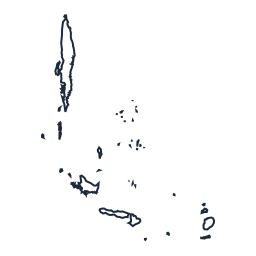 Kepulauan Selayar, Sulawesi Selatan, Indonesia (Natural Earth projection)
{"feature_id": "22746128B1615833901652", "entity_name": "Kepulauan Selayar", "entity_type": "district", "adm_level": 2, "iso_a3": "IDN", "parent_name": "Indonesia", "parent_adm1": "Sulawesi Selatan", "projection": "natural_earth1", "projection_center": [120.768, -6.627], "detail": "fine", "context": "isolated", "style": "outline", "palette": "slate", "viewbox_px": 256, "rotation_deg": 0, "n_neighbors": 0, "source": "geoboundaries", "source_scale": "gbopen_adm2", "svg_char_len": 5716}
<svg xmlns="http://www.w3.org/2000/svg" viewBox="0 0 256 256"><path d="M61.2,73.7L61.4,79.7L60.9,81.1L61.2,82.4L64.2,82.9L65.2,84.5L65.0,85.5L64.1,86.6L64.8,87.8L64.1,91.8L64.5,95.3L64.1,97.0L63.3,98.0L62.2,97.0L62.9,99.3L63.9,99.5L63.7,100.2L62.9,99.7L62.9,100.4L64.3,104.1L65.4,111.9L66.5,107.9L67.5,105.5L68.3,104.8L67.0,102.2L67.4,101.4L66.4,99.7L66.8,99.0L66.7,98.3L67.1,98.7L67.9,98.3L67.8,97.0L68.7,95.8L68.4,94.9L69.5,94.9L69.7,93.4L69.1,92.9L70.2,92.5L69.6,91.3L71.4,90.1L71.1,86.4L71.5,85.6L71.5,84.1L71.0,82.2L71.4,80.0L70.5,79.7L70.6,78.4L69.8,76.8L70.5,76.6L70.1,76.2L70.5,75.9L70.1,74.9L70.7,73.5L70.3,72.3L72.5,65.7L72.5,64.9L71.5,64.3L72.8,64.1L72.0,62.4L72.4,62.0L73.0,62.3L73.2,61.6L73.0,60.0L73.4,59.9L73.5,58.9L72.9,58.1L73.4,58.1L73.3,56.6L74.0,56.9L74.7,55.5L73.6,47.5L72.9,46.1L73.1,45.1L72.3,41.5L71.4,39.8L70.8,37.3L70.9,32.7L70.1,29.8L70.5,28.7L69.9,27.5L68.9,27.7L67.5,24.8L67.4,23.1L68.1,22.2L66.5,19.0L65.2,19.2L63.0,22.0L62.1,29.0L62.0,34.6L61.2,43.2L62.0,49.9L61.5,53.3L62.1,54.7L61.8,56.1L62.1,57.5L63.5,60.5L63.2,62.3L61.5,66.4L61.8,66.7L61.5,69.1L59.6,69.9L59.8,70.9L59.2,71.4L59.8,71.4L59.4,72.2L61.2,73.7ZM81.7,175.6L80.4,176.1L81.2,182.3L80.4,182.6L79.7,184.0L79.1,183.9L79.3,184.7L78.7,185.0L80.3,185.9L80.4,188.1L81.2,187.3L82.1,188.2L81.9,188.9L81.1,189.0L81.3,189.9L80.8,190.0L81.9,191.4L81.7,192.5L82.6,192.0L84.1,192.8L84.6,193.9L85.3,193.8L85.9,194.7L85.9,194.2L87.0,193.7L85.7,192.0L84.1,191.9L85.0,191.0L87.2,191.2L88.6,191.8L89.0,192.6L92.3,191.9L92.9,192.7L94.1,191.9L94.3,192.2L94.5,192.0L95.4,192.1L95.6,192.2L95.1,192.3L95.4,192.8L96.1,192.3L96.5,192.8L97.6,188.8L98.2,188.0L98.6,183.2L96.2,185.5L94.9,185.7L93.6,185.3L90.9,183.2L86.2,181.1L84.6,178.0L81.7,175.6ZM102.4,208.5L100.0,209.2L99.6,210.1L100.7,212.2L103.4,213.5L105.6,212.8L108.1,214.4L110.1,215.0L114.2,214.5L117.2,216.8L119.3,216.9L122.4,217.9L125.8,217.0L127.6,217.1L127.7,216.1L129.0,213.8L122.5,211.4L121.3,211.7L118.0,211.3L117.7,210.9L116.6,211.6L113.1,211.8L111.2,210.3L110.2,210.6L108.2,210.3L106.0,209.7L104.4,208.6L102.4,208.5ZM211.6,217.6L208.0,218.0L207.5,218.7L206.6,218.7L206.3,219.4L205.1,219.4L204.7,220.0L204.5,223.3L203.6,224.3L203.5,227.0L203.7,228.3L204.6,229.3L207.5,229.4L209.9,227.3L212.1,226.1L213.9,222.8L214.0,220.3L212.8,218.1L211.6,217.6ZM132.6,214.3L130.9,214.3L130.6,217.6L131.1,220.2L131.0,221.7L128.7,223.0L129.8,223.4L132.8,226.1L135.5,224.3L139.1,222.8L140.3,221.1L140.1,219.5L138.1,218.5L136.7,218.6L135.8,216.4L134.5,215.6L133.6,216.0L132.6,214.3ZM59.5,62.0L58.7,63.3L57.8,63.1L57.2,64.1L56.4,68.3L55.8,69.2L55.4,71.4L56.1,74.3L57.1,74.2L57.9,75.1L58.5,74.8L59.2,73.5L58.3,71.6L58.6,70.5L58.0,66.4L58.6,65.1L58.3,64.2L59.2,63.8L59.8,62.6L59.5,62.0ZM99.1,147.5L97.8,150.1L98.1,151.8L99.2,152.8L99.7,158.6L100.3,156.5L101.6,154.2L101.1,152.5L100.9,149.5L99.1,147.5ZM205.3,208.8L205.4,209.4L204.8,209.1L204.3,209.5L203.7,209.4L202.7,211.0L201.9,211.0L201.6,213.0L204.6,212.0L206.7,212.0L207.3,210.2L206.3,209.1L205.3,208.8ZM60.2,122.3L59.3,123.0L59.0,124.4L58.5,124.6L59.3,125.5L59.1,129.9L60.7,130.4L61.1,127.7L60.6,126.3L60.6,122.9L60.2,122.3ZM209.2,235.6L204.8,237.3L203.8,237.1L202.3,237.9L201.2,237.7L201.2,238.2L204.5,238.5L206.5,237.7L209.6,237.5L209.9,236.5L209.2,235.6ZM73.9,184.9L73.2,185.8L74.2,187.4L75.6,186.7L77.1,187.2L77.1,187.9L77.7,188.3L78.5,188.2L79.5,187.0L79.4,185.9L77.0,186.1L76.3,185.4L74.3,185.5L73.9,184.9ZM60.5,131.7L59.5,132.2L59.4,139.6L60.9,134.2L60.8,132.7L60.2,132.1L60.5,131.7ZM61.8,169.2L60.6,169.4L60.0,171.1L60.4,171.9L62.4,170.7L61.8,169.2ZM42.5,134.5L42.0,135.1L42.0,137.1L43.3,137.6L43.0,137.1L43.4,136.6L43.3,135.0L42.5,134.5ZM66.1,15.4L64.9,15.4L64.3,16.7L65.6,17.5L66.3,17.1L66.1,15.4ZM168.1,232.8L167.4,232.9L167.3,234.0L168.7,234.7L168.9,233.8L168.1,232.8ZM60.0,107.6L59.0,108.2L58.6,110.6L59.3,110.7L59.8,110.0L59.6,108.3L60.0,107.6ZM73.1,182.8L71.5,183.1L71.5,184.1L72.9,184.2L73.1,182.8ZM63.1,86.1L61.9,85.6L62.4,86.9L62.9,87.2L63.7,86.8L63.4,85.9L63.1,86.1ZM204.6,203.9L203.9,203.9L202.9,204.8L203.8,205.4L204.5,205.0L204.6,203.9ZM145.8,238.8L144.1,239.0L145.6,239.3L144.7,240.6L145.8,239.2L145.8,238.8ZM122.2,111.3L121.7,111.4L119.8,112.7L121.5,112.4L122.2,111.3ZM69.6,173.9L68.9,174.3L70.4,176.1L70.4,175.6L69.6,173.9ZM139.0,139.6L137.5,142.3L137.4,143.1L137.5,143.3L139.0,139.6ZM63.1,90.1L61.7,89.7L62.3,90.5L63.1,90.1ZM174.5,195.1L174.5,194.5L173.9,194.2L173.7,194.8L174.5,195.1ZM73.9,184.2L73.7,183.7L73.7,184.8L74.3,184.7L74.6,183.7L73.9,184.2ZM118.9,144.0L118.3,144.3L118.4,145.7L118.9,144.0ZM61.9,91.9L61.7,92.6L61.3,92.6L61.4,92.8L62.5,92.5L61.9,91.9ZM63.3,87.7L62.4,87.6L62.1,87.9L63.3,88.1L63.3,87.7ZM137.2,146.5L137.6,143.7L137.4,143.4L137.2,146.5ZM122.0,117.7L122.0,116.2L121.7,116.9L122.0,117.7ZM140.8,145.0L140.8,144.6L140.7,145.0L140.3,144.9L140.2,146.1L140.3,145.7L140.1,146.3L140.1,146.7L140.8,145.0ZM137.2,149.1L137.2,148.0L136.8,150.1L137.2,149.1ZM98.5,170.5L99.5,170.2L98.9,170.0L98.5,170.5ZM132.5,184.1L132.9,183.6L132.8,183.0L132.5,183.8L132.5,184.1ZM135.3,185.6L135.4,184.8L135.4,184.3L135.1,185.2L135.3,185.6ZM78.4,183.8L78.7,183.0L78.5,182.9L78.4,183.8ZM124.7,122.1L124.8,121.6L124.7,120.4L124.6,121.1L124.7,122.1ZM130.1,145.6L129.8,144.4L129.7,145.2L130.1,145.6ZM132.8,121.5L133.0,120.8L132.8,120.4L132.7,120.9L132.8,121.5ZM136.8,111.6L136.8,111.2L136.4,110.8L136.5,111.5L136.8,111.6ZM116.5,115.0L116.9,113.8L117.0,113.2L116.5,115.0ZM132.5,100.9L132.7,100.6L132.6,100.1L132.5,100.9ZM128.9,181.4L129.0,181.1L129.0,180.6L128.9,181.0L128.9,181.4ZM131.6,140.6L130.9,140.5L131.6,140.7L131.6,140.6ZM136.5,107.5L136.1,106.6L135.8,106.2L136.5,107.5ZM133.2,215.0L132.6,214.0L133.2,215.0ZM144.2,148.0L144.3,147.3L144.3,147.2L144.1,147.7L144.2,148.0Z" fill="none" stroke="#1e293b" stroke-width="2"/></svg>